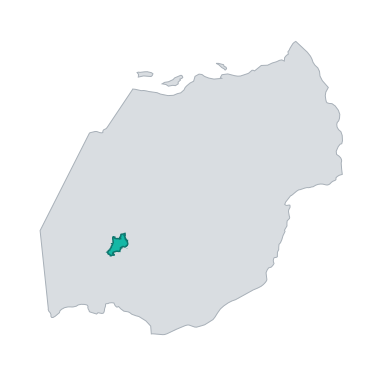 location of Shinyanga, Shinyanga, United Republic of Tanzania, rotated 264°
{"feature_id": "72390352B3732768371218", "entity_name": "Shinyanga", "entity_type": "district", "adm_level": 2, "iso_a3": "TZA", "parent_name": "United Republic of Tanzania", "parent_adm1": "Shinyanga", "projection": "natural_earth1", "projection_center": [33.123, -3.598], "detail": "fine", "context": "in_parent", "style": "filled", "palette": "teal", "viewbox_px": 384, "rotation_deg": 264, "n_neighbors": 0, "source": "geoboundaries", "source_scale": "gbopen_adm2", "svg_char_len": 7324}
<svg xmlns="http://www.w3.org/2000/svg" viewBox="0 0 384 384"><g transform="rotate(264 192 192)"><path d="M143.0,280.4L139.0,277.9L135.3,276.4L132.3,274.7L130.9,273.1L128.1,272.5L125.6,272.2L123.3,270.7L118.7,270.1L118.2,269.1L118.1,266.9L117.3,266.3L115.6,265.7L113.7,265.7L112.6,266.1L112.0,265.9L110.4,264.6L109.0,262.9L108.5,260.2L106.4,258.5L103.9,257.2L97.1,257.3L96.0,256.9L94.4,255.5L92.5,253.3L90.9,250.7L89.6,247.3L88.2,242.6L80.3,223.9L79.5,220.4L78.0,216.5L75.4,211.7L72.8,208.1L69.2,204.9L65.1,201.7L62.9,199.5L58.6,190.7L57.8,186.6L57.1,182.4L57.4,180.6L60.0,175.1L60.2,173.6L59.9,171.5L58.6,167.1L57.0,161.8L53.6,152.2L53.1,149.7L53.2,147.9L55.1,138.1L55.1,136.7L63.0,136.9L68.7,132.6L73.7,126.2L74.7,123.5L76.7,119.4L78.7,117.3L79.5,115.9L80.6,111.8L83.2,109.0L85.8,106.9L85.3,105.4L85.7,104.8L87.0,103.7L89.8,102.7L90.3,100.6L90.3,98.1L89.8,96.8L89.9,95.2L89.5,94.3L87.7,94.1L85.1,92.9L82.9,92.4L81.4,91.7L80.8,91.1L80.6,89.7L81.8,85.9L80.6,84.4L83.3,78.1L83.8,77.4L84.8,77.3L86.4,76.6L87.9,76.3L89.0,76.6L89.9,76.3L90.7,75.6L91.4,73.5L91.9,70.0L91.6,67.1L90.5,64.9L90.1,61.5L90.7,56.9L90.3,53.2L89.0,50.1L87.7,48.3L85.8,47.5L82.7,42.9L81.7,40.6L81.9,39.3L83.0,38.7L84.9,38.9L86.8,38.3L88.5,37.1L90.2,36.7L91.1,36.9L169.5,36.9L261.2,96.1L261.6,96.8L262.3,101.9L262.1,103.6L260.7,106.5L260.3,108.1L260.3,109.1L260.6,109.6L261.8,109.7L262.9,110.4L263.2,111.0L264.0,113.2L265.0,114.3L299.8,143.3L300.6,143.8L300.1,146.2L298.1,152.1L298.0,154.6L297.2,157.5L296.5,159.4L294.4,167.7L292.7,170.8L290.4,178.1L290.1,183.7L291.3,187.6L291.8,191.2L294.4,194.8L296.6,196.1L298.0,197.7L300.6,201.5L302.0,205.2L306.7,207.1L308.5,211.3L307.8,214.2L305.6,216.6L303.6,220.5L302.0,225.6L301.9,233.4L303.0,232.2L305.5,234.1L305.7,239.9L303.2,246.6L302.4,249.7L302.3,252.4L304.1,260.5L306.8,264.5L306.6,265.8L305.9,266.9L310.6,274.1L310.2,280.4L311.9,285.3L312.7,289.6L313.8,292.8L314.0,295.1L312.6,297.5L316.0,298.2L318.0,300.2L319.0,302.2L321.5,302.1L322.8,303.4L324.7,304.5L329.0,307.8L330.2,309.4L330.9,311.0L319.0,321.3L314.7,324.0L311.6,325.2L308.4,325.9L305.3,327.5L302.3,330.1L298.6,331.4L294.0,331.4L289.2,333.2L281.7,338.5L277.3,335.5L273.8,334.6L269.9,334.7L267.4,335.1L266.6,335.7L265.8,337.5L265.2,340.5L262.6,343.4L258.0,346.1L253.8,347.1L249.9,346.4L247.4,345.3L246.0,343.7L244.0,343.0L241.4,343.1L238.8,344.2L236.4,346.4L232.5,347.3L227.2,347.0L224.4,346.0L224.0,344.2L221.7,342.1L217.5,339.7L214.3,339.7L212.3,342.0L210.5,343.4L208.8,344.0L207.3,344.1L205.2,343.4L199.3,343.2L193.8,343.3L193.2,340.0L192.1,337.9L191.1,336.7L189.2,336.4L188.6,335.5L188.0,333.4L187.1,331.7L185.8,330.2L185.1,328.9L184.8,327.6L185.0,326.2L186.2,322.8L186.5,320.5L186.4,318.1L185.8,315.7L184.5,312.8L184.6,311.9L184.2,309.9L184.1,308.5L184.4,306.8L184.1,304.5L183.0,299.7L183.0,298.4L181.8,296.0L178.1,290.5L178.0,289.7L172.2,284.1L169.9,282.9L169.0,284.0L168.7,284.9L168.9,286.7L168.8,287.6L168.6,288.0L167.2,288.0L166.3,287.8L164.1,286.3L162.4,285.9L158.2,286.2L156.7,286.5L155.5,286.2L153.3,283.6L150.7,283.1L148.3,282.9L144.4,280.0L143.0,280.4ZM307.3,186.7L309.2,192.9L309.0,194.0L307.6,194.7L306.9,194.8L306.1,193.8L305.5,191.7L304.5,192.2L302.7,189.7L301.0,189.6L299.5,186.6L300.1,184.0L299.7,179.6L301.6,177.4L302.7,173.6L303.9,176.2L304.1,180.2L305.8,185.0L307.3,186.7ZM316.6,149.9L316.8,151.4L316.4,152.8L316.5,157.2L316.3,160.1L314.9,164.1L313.7,165.5L312.7,165.1L311.8,164.4L311.1,163.3L312.5,156.0L311.9,150.6L314.5,151.1L316.6,149.9ZM312.5,238.9L311.1,239.3L310.6,238.9L309.8,237.7L311.2,236.7L312.6,234.7L315.9,231.8L317.4,229.4L317.2,231.7L315.3,236.7L313.8,237.0L312.5,238.9Z" fill="#d9dde1" stroke="#a8b0b8" stroke-width="1"/><path d="M137.4,108.0L137.5,108.1L138.0,108.0L138.1,107.9L138.5,107.4L139.0,106.8L139.1,106.7L139.3,106.7L139.4,107.1L139.5,107.2L139.6,107.3L139.8,107.3L140.1,107.3L140.1,107.7L140.2,107.8L140.3,107.9L140.5,108.2L140.7,108.4L140.7,108.5L140.7,108.9L140.7,109.1L140.7,109.3L140.7,109.5L140.8,109.7L140.9,110.0L141.0,110.2L141.0,110.3L141.0,110.8L140.9,111.1L141.0,111.3L140.9,111.4L140.9,111.5L140.9,111.8L140.8,112.0L140.7,112.4L140.6,112.5L140.6,112.9L140.6,113.0L140.6,113.5L140.5,114.0L141.2,114.1L141.9,114.4L142.3,114.8L142.6,115.0L143.4,115.0L143.6,115.1L143.9,115.0L144.1,115.1L144.2,115.3L144.0,115.6L143.8,116.1L143.7,116.3L143.9,116.5L144.1,116.5L144.5,116.6L144.8,116.6L145.0,116.8L145.0,118.0L144.6,118.6L144.5,118.9L144.4,119.2L144.3,119.7L144.7,120.4L144.9,120.5L145.0,120.8L145.0,121.0L145.3,121.0L145.5,121.2L145.6,121.3L145.7,121.6L145.7,121.9L145.8,121.9L145.9,122.0L146.0,122.1L146.3,122.3L146.5,122.4L146.7,122.6L147.2,122.7L147.3,122.7L147.6,122.7L147.8,122.7L148.0,122.6L148.3,122.5L148.6,122.6L148.8,122.5L149.1,122.6L149.3,122.6L149.5,122.5L149.8,122.3L149.9,122.2L150.0,122.3L150.2,122.5L150.3,122.4L150.5,122.5L150.5,122.4L150.5,122.2L150.6,121.9L150.8,121.8L150.8,121.7L151.1,121.8L151.3,121.8L151.4,121.7L151.5,121.5L151.7,121.4L151.8,121.3L151.9,121.2L151.9,121.3L151.9,121.2L152.0,121.2L151.9,121.2L152.0,121.2L152.1,121.3L152.2,121.2L152.3,121.2L152.5,121.1L152.8,121.0L153.0,121.0L153.2,120.9L153.3,120.8L153.5,120.8L153.8,120.7L153.7,120.7L153.9,120.6L154.0,120.7L154.3,120.6L154.2,120.6L154.3,120.5L154.6,120.5L154.8,120.6L155.0,120.4L155.2,120.5L155.3,120.5L155.4,120.4L155.4,120.5L155.5,120.6L155.7,120.8L155.8,120.9L155.9,121.0L156.0,121.1L156.3,121.1L156.5,121.0L156.5,120.9L156.9,120.9L157.4,121.1L157.6,121.0L157.8,121.0L158.0,121.0L158.1,120.9L158.2,120.7L158.3,120.6L158.2,120.7L157.9,120.5L157.8,120.4L157.7,120.1L157.6,119.9L157.4,119.7L157.3,119.0L157.3,118.9L157.4,118.7L157.4,118.2L157.4,117.8L157.4,117.7L157.3,117.3L157.3,117.1L157.1,117.0L157.0,116.8L156.6,116.7L156.1,116.7L155.9,116.7L155.7,116.6L155.6,116.4L154.9,116.4L154.7,116.3L154.5,116.0L154.5,115.9L154.3,115.6L154.4,115.4L154.2,115.3L153.9,115.4L153.7,115.4L153.6,115.5L153.6,115.4L153.6,115.5L153.4,115.5L153.2,115.4L153.1,115.5L153.1,115.4L152.9,115.3L152.8,115.2L152.9,114.8L153.1,114.5L153.4,113.7L153.4,113.0L153.5,112.8L153.5,112.5L153.5,112.1L153.6,111.5L153.7,111.3L153.8,111.0L153.9,110.9L154.0,110.7L154.1,110.4L154.3,110.2L154.4,110.3L154.7,110.3L154.8,110.4L155.0,110.5L155.1,109.9L155.1,109.7L155.3,109.8L155.5,109.8L155.7,109.3L155.7,109.1L155.7,108.9L155.1,108.5L154.8,108.4L154.2,108.4L153.8,108.3L153.4,108.4L153.1,108.3L152.7,108.4L151.9,108.4L151.7,108.4L151.3,108.3L151.0,108.3L150.8,108.4L150.7,108.4L150.1,108.4L149.9,108.4L149.6,108.2L149.2,107.9L149.0,107.6L148.9,107.3L148.9,106.9L148.7,107.0L148.3,107.4L148.2,107.3L147.7,107.3L147.5,107.1L147.3,107.0L147.1,106.8L147.0,106.7L146.7,106.4L146.6,106.2L146.4,106.1L146.2,106.0L145.7,105.9L145.6,106.0L145.4,106.0L145.4,105.9L145.1,105.7L144.8,105.3L144.7,105.3L144.5,105.0L144.4,104.9L144.0,104.6L143.7,104.5L143.2,104.4L142.9,104.2L142.9,103.5L142.6,103.4L142.4,102.9L142.3,102.6L142.1,102.5L141.6,102.5L141.4,102.4L141.3,102.1L141.2,101.6L141.1,101.4L141.0,101.6L140.9,101.7L140.6,101.7L140.1,102.0L139.9,102.0L139.4,102.0L139.1,102.4L139.1,102.5L138.9,102.6L138.9,102.8L138.8,103.0L138.7,103.1L138.7,103.3L138.6,103.5L138.3,103.8L138.1,103.9L137.8,104.0L137.4,104.0L137.1,104.1L137.1,104.4L137.1,105.2L137.3,105.4L137.4,105.6L137.5,106.1L137.5,106.8L137.4,107.1L137.4,107.8L137.4,108.0ZM142.3,121.4L142.2,121.4L142.4,121.4L142.3,121.4Z" fill="#14b8a6" stroke="#0f766e" stroke-width="1.5"/></g></svg>